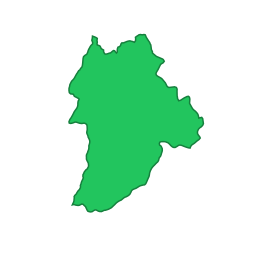 the district of Montezuma, Minas Gerais, Brazil, rotated 23°
{"feature_id": "56859067B99977110122365", "entity_name": "Montezuma", "entity_type": "district", "adm_level": 2, "iso_a3": "BRA", "parent_name": "Brazil", "parent_adm1": "Minas Gerais", "projection": "natural_earth1", "projection_center": [-42.478, -15.207], "detail": "fine", "context": "isolated", "style": "filled", "palette": "green", "viewbox_px": 256, "rotation_deg": 23, "n_neighbors": 0, "source": "geoboundaries", "source_scale": "gbopen_adm2", "svg_char_len": 4464}
<svg xmlns="http://www.w3.org/2000/svg" viewBox="0 0 256 256"><g transform="rotate(23 128 128)"><path d="M191.7,89.4L189.3,91.2L188.2,89.5L187.1,88.2L186.0,87.4L184.9,86.9L183.7,86.3L181.5,85.7L179.9,85.0L177.9,83.5L175.0,81.2L173.7,77.4L173.1,76.4L172.4,75.6L171.3,75.2L170.1,75.9L168.0,78.3L165.5,82.0L164.0,83.1L162.0,81.4L161.4,80.2L160.7,79.3L158.7,74.9L158.0,73.0L156.7,71.8L154.8,71.9L150.4,74.4L149.3,74.8L147.7,74.4L144.8,71.9L140.4,69.6L139.2,69.2L134.7,68.7L133.3,68.1L132.5,67.1L132.4,65.5L132.8,62.6L133.1,57.1L133.6,55.9L134.9,54.2L135.3,52.4L133.7,51.2L132.7,51.0L126.2,51.0L121.3,49.5L120.5,48.0L119.0,46.8L116.5,42.6L115.5,41.9L114.5,40.8L112.9,39.8L109.4,37.4L108.6,36.6L107.5,35.5L106.2,35.7L104.7,36.7L102.9,37.1L101.7,37.9L100.9,39.2L100.1,40.3L99.4,41.6L100.3,43.1L100.8,44.8L100.4,46.6L98.4,46.6L97.0,46.9L95.8,47.0L94.6,47.7L93.4,48.6L92.1,49.9L90.6,51.4L89.1,52.0L88.7,53.2L88.9,55.1L88.3,56.5L87.2,57.5L87.3,59.4L87.8,60.8L88.4,62.2L88.1,63.5L86.8,63.0L85.5,62.1L84.3,62.4L83.4,64.1L82.6,65.7L81.5,66.4L80.6,67.3L79.6,68.1L78.8,68.7L77.6,68.8L76.3,67.9L75.5,66.9L75.1,65.8L73.9,65.6L72.3,65.4L71.1,64.2L70.2,63.5L68.9,63.4L67.3,63.6L66.5,62.4L66.2,61.0L65.3,59.7L64.7,57.5L63.1,57.2L61.3,57.2L59.4,57.3L59.9,58.8L60.2,60.0L60.4,61.3L61.3,62.3L62.2,63.3L62.5,64.7L61.7,66.4L61.4,67.9L61.3,69.2L61.1,70.8L61.1,72.3L61.3,73.8L61.3,75.9L60.8,76.9L60.0,77.9L59.2,79.7L59.5,81.6L60.1,83.4L60.7,85.2L61.3,87.2L61.7,88.9L61.7,90.3L61.1,91.6L61.0,93.2L60.2,94.6L60.0,95.8L59.9,97.0L59.6,98.2L59.4,99.9L59.2,102.1L59.0,103.7L58.5,105.2L57.8,107.0L57.7,108.5L57.6,109.9L57.6,111.0L58.0,112.6L58.2,114.5L59.0,116.5L60.2,118.4L61.8,119.0L62.9,118.7L64.2,118.3L65.3,118.9L66.1,119.7L67.3,119.9L68.6,119.9L69.7,120.1L70.9,120.1L71.8,120.6L71.6,122.7L72.1,124.6L72.7,126.0L73.1,127.5L73.2,129.0L73.0,130.4L72.6,132.1L72.2,133.9L72.1,135.7L72.0,137.4L71.8,139.3L71.6,140.9L71.2,142.7L71.2,145.2L71.9,146.4L73.1,146.3L74.1,145.8L75.6,144.6L77.0,143.2L78.3,142.8L79.6,142.7L80.9,142.6L82.1,142.4L83.8,141.9L84.9,141.1L86.3,140.5L87.9,140.7L89.0,141.3L89.8,142.6L90.6,144.3L91.2,145.7L91.5,147.2L91.9,148.5L92.6,149.4L93.4,150.1L94.2,150.9L94.9,152.0L96.0,152.9L97.1,153.9L97.9,154.9L98.4,156.1L98.7,157.6L98.9,159.6L99.7,161.4L100.1,162.8L100.2,164.0L100.2,165.3L100.4,166.5L100.3,167.7L100.3,169.1L100.7,170.2L101.3,171.4L101.9,172.9L102.7,173.7L103.8,174.7L105.0,175.6L105.8,176.9L106.4,178.0L106.7,179.3L106.5,180.6L106.4,181.8L105.6,183.0L105.2,184.5L104.9,185.8L105.0,187.2L104.8,188.5L105.4,190.2L106.3,191.3L106.4,192.8L106.3,194.5L106.3,196.1L106.6,198.0L106.6,199.5L107.2,200.6L107.5,201.7L107.3,203.6L106.6,205.4L106.3,207.2L106.1,209.2L105.4,210.7L105.2,212.2L105.8,213.2L106.2,214.6L106.7,216.0L106.9,217.7L106.8,219.0L106.8,220.5L107.7,219.8L108.7,219.5L110.0,219.4L111.1,219.1L112.3,218.8L113.4,218.1L114.3,217.1L115.2,216.0L116.6,215.8L117.6,216.3L118.8,216.7L119.8,217.1L120.6,217.9L121.5,218.7L122.5,219.6L123.6,220.3L125.0,220.2L126.5,219.8L127.8,218.9L128.8,217.3L129.7,216.3L130.8,215.9L131.9,216.0L133.1,216.1L134.7,215.9L136.2,215.3L137.2,214.3L138.1,213.2L139.5,212.4L140.9,211.2L142.0,210.2L142.8,209.2L143.9,207.8L144.5,206.4L145.1,205.0L145.7,203.7L146.2,202.3L146.8,201.0L147.4,200.0L148.1,199.0L148.9,198.0L149.9,197.0L150.6,195.6L151.4,194.0L152.3,192.8L153.2,192.0L154.1,190.9L154.9,189.8L155.6,188.2L155.8,185.8L155.8,184.1L156.5,182.8L157.5,181.7L158.9,180.4L160.2,178.6L161.2,177.1L162.1,176.2L163.1,175.4L164.3,174.5L165.5,173.8L166.1,172.4L166.2,170.9L166.2,169.2L166.2,167.6L166.2,166.1L166.3,164.6L166.0,162.9L165.6,161.5L165.4,160.3L165.3,158.7L165.4,157.0L165.6,155.3L166.2,153.3L166.8,151.9L167.2,150.8L167.8,149.2L168.6,147.5L168.8,146.0L168.6,144.7L168.4,143.3L168.7,142.2L169.0,141.0L168.9,139.5L168.7,138.0L168.6,136.7L168.4,135.4L167.6,133.7L166.5,132.6L165.4,131.7L163.8,131.4L162.9,130.1L162.8,128.7L163.6,127.8L164.8,127.2L166.4,126.5L167.7,126.1L169.0,126.0L170.8,126.0L171.9,126.4L173.0,126.8L174.1,127.4L175.4,127.8L176.4,128.1L177.9,128.0L179.1,127.4L180.1,126.1L181.0,124.7L181.7,123.8L183.2,123.2L184.4,123.0L186.5,123.0L188.6,122.9L189.9,122.8L191.5,122.6L193.0,122.2L192.9,120.7L193.1,119.5L193.5,118.4L194.6,116.8L195.2,115.8L195.8,114.6L196.4,113.3L197.0,112.3L197.9,110.8L198.4,109.0L197.2,107.9L196.0,107.3L194.6,106.4L193.8,105.3L193.3,103.8L193.3,102.2L193.5,100.9L194.1,99.6L195.0,98.3L195.7,96.4L195.7,94.5L193.1,90.2L191.7,89.4Z" fill="#22c55e" stroke="#15803d" stroke-width="1.5"/></g></svg>